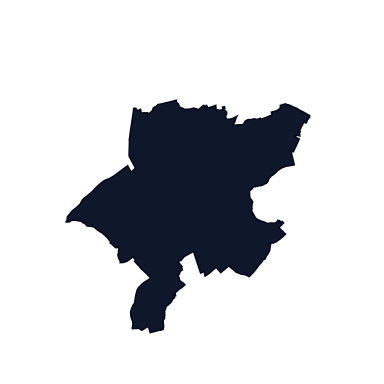 Cehu Silvaniei, Salaj, Romania, rotated 316°
{"feature_id": "2599482B99939259002313", "entity_name": "Cehu Silvaniei", "entity_type": "district", "adm_level": 2, "iso_a3": "ROU", "parent_name": "Romania", "parent_adm1": "Salaj", "projection": "equal_earth", "projection_center": [23.166, 47.411], "detail": "fine", "context": "isolated", "style": "filled", "palette": "ink", "viewbox_px": 384, "rotation_deg": 316, "n_neighbors": 0, "source": "geoboundaries", "source_scale": "gbopen_adm2", "svg_char_len": 6013}
<svg xmlns="http://www.w3.org/2000/svg" viewBox="0 0 384 384"><g transform="rotate(316 192 192)"><path d="M284.5,243.5L290.7,232.9L291.3,231.6L292.9,233.5L302.9,229.6L303.6,229.3L304.0,228.9L306.0,228.5L305.9,227.7L305.2,226.7L305.1,226.0L305.2,225.7L305.2,225.1L304.6,224.3L304.4,223.6L304.6,223.2L304.6,222.8L306.7,223.8L307.0,224.1L308.5,226.6L309.1,225.6L309.5,225.3L309.8,224.7L310.6,224.2L311.8,223.8L311.7,222.9L314.8,221.6L315.4,221.0L317.9,220.6L319.3,219.9L320.1,219.9L321.3,219.3L321.8,221.5L322.5,221.5L323.1,221.4L324.4,220.6L325.6,220.2L326.3,220.2L328.5,219.8L328.6,219.6L329.4,219.2L329.6,219.0L329.7,218.8L329.6,218.0L329.0,216.9L328.9,215.9L327.6,211.7L327.2,210.8L326.2,210.9L326.3,210.3L327.0,209.4L326.8,209.0L326.4,209.0L326.0,206.5L325.5,204.6L323.6,200.4L323.1,198.7L321.8,196.1L320.9,195.2L320.8,194.0L320.5,193.5L318.7,192.7L318.2,192.1L317.3,192.0L315.8,191.0L314.3,192.5L313.2,193.1L311.4,192.6L311.0,193.2L310.5,193.2L310.3,192.6L310.2,192.5L308.3,192.3L308.1,192.2L308.5,191.8L308.4,191.6L307.0,191.2L306.2,190.6L304.5,189.7L303.1,192.3L292.0,187.6L292.4,186.4L289.0,184.9L287.8,182.8L287.4,182.4L285.7,181.5L283.9,180.2L283.2,179.3L281.8,178.5L279.2,178.0L276.1,179.1L275.9,179.0L273.6,177.4L272.9,176.6L269.7,174.0L267.5,172.5L271.7,171.2L275.5,169.1L276.9,168.7L273.4,167.7L271.7,167.0L270.7,166.5L268.7,164.9L267.5,164.2L267.6,163.1L268.0,162.0L268.6,161.2L269.2,160.6L270.8,160.2L271.8,159.0L272.4,158.7L272.6,157.9L272.2,157.5L272.3,156.3L272.1,156.0L274.0,154.2L274.7,153.3L273.0,152.1L271.3,154.4L268.4,152.1L267.5,150.6L266.1,149.9L269.3,146.2L267.9,145.7L261.8,142.6L261.9,141.7L262.4,140.9L262.7,139.8L262.5,139.5L261.3,140.0L260.9,138.6L260.3,137.5L254.0,137.4L251.8,133.1L250.8,132.4L247.6,130.6L246.0,129.0L244.0,127.4L243.6,125.7L242.2,122.4L242.9,120.1L243.4,119.1L243.2,116.9L243.3,116.4L243.5,115.9L244.5,115.2L244.3,115.0L236.5,110.6L235.6,109.9L232.1,108.0L228.2,105.4L225.7,105.5L222.7,104.6L220.6,105.7L219.6,106.0L214.3,105.7L214.9,104.4L215.1,104.2L213.8,103.1L212.6,101.7L210.4,100.2L210.5,99.6L211.1,98.7L212.4,96.7L211.9,96.5L210.7,96.4L209.8,96.0L209.9,95.9L209.4,95.6L209.3,94.9L209.7,92.9L209.1,92.0L208.1,91.4L204.6,94.3L188.9,106.3L182.8,111.2L182.4,111.9L171.9,122.2L171.4,123.4L167.9,135.6L162.2,135.5L163.2,130.8L164.0,128.4L147.9,126.3L143.8,125.5L141.7,124.8L137.2,123.0L134.6,122.5L130.0,122.2L126.0,122.1L121.3,122.4L118.4,122.3L112.9,121.9L110.5,121.5L107.3,121.7L104.6,122.5L103.7,122.9L102.6,123.0L98.5,122.9L92.8,122.4L85.5,123.2L84.4,123.8L82.2,125.8L81.3,125.6L80.8,125.8L80.7,126.0L81.3,126.3L81.1,126.6L82.9,128.2L83.4,128.4L85.0,128.5L86.6,129.5L89.2,132.1L90.1,133.7L91.8,135.7L92.0,136.2L92.2,138.2L93.0,140.4L92.9,143.6L96.6,147.9L97.2,149.5L97.5,151.0L97.4,152.6L98.2,156.7L98.9,158.7L99.0,161.0L99.3,162.6L99.3,167.0L98.9,171.6L97.8,171.7L98.1,174.0L98.3,178.5L98.6,179.5L101.0,180.1L100.6,180.5L100.4,181.2L98.9,182.9L97.7,183.8L97.1,184.7L96.8,185.0L95.5,185.3L94.8,186.1L93.1,188.9L92.9,190.0L91.9,192.8L91.4,193.0L91.7,193.2L92.5,194.1L93.9,195.1L97.5,196.8L104.0,197.5L104.3,199.0L104.3,201.9L102.5,201.9L102.4,208.4L102.1,212.6L102.3,214.0L102.5,218.7L102.5,223.9L102.4,225.1L100.7,225.0L95.5,223.9L93.2,223.6L87.4,223.6L84.7,224.3L79.8,227.2L79.0,227.9L77.7,228.7L77.0,229.5L75.4,230.5L74.3,231.6L72.5,232.3L70.4,232.6L69.4,233.0L68.1,233.8L66.9,234.2L64.5,235.6L61.6,239.2L60.3,241.5L60.1,242.2L59.3,244.1L58.8,244.5L58.6,245.1L54.9,248.3L54.4,248.3L54.3,249.2L55.5,250.0L58.1,252.3L59.2,253.6L59.3,253.9L59.7,256.5L61.8,257.1L65.0,257.6L67.1,258.4L66.8,259.3L64.2,264.2L71.5,268.2L73.4,269.6L75.8,270.8L78.6,268.7L78.6,268.4L82.1,264.2L83.2,264.2L84.9,263.4L85.1,263.1L85.5,262.7L87.2,261.5L87.3,260.8L87.8,260.4L88.5,260.0L88.4,259.6L89.3,258.7L90.4,258.4L91.0,257.9L92.2,257.5L92.9,256.8L93.9,256.4L94.8,256.4L96.3,256.7L97.4,256.6L98.8,256.8L100.3,256.7L100.6,256.6L102.3,256.2L102.6,256.1L102.9,255.6L103.3,255.5L105.5,255.9L106.1,255.8L106.6,255.1L107.0,254.8L108.2,255.3L108.4,255.1L108.6,254.7L108.1,254.3L107.8,253.5L109.6,253.3L110.9,252.7L111.6,252.7L112.4,253.1L113.9,252.9L115.3,253.0L116.9,253.4L118.7,253.7L120.6,253.7L122.1,254.0L122.4,253.8L122.5,253.3L122.4,251.2L121.8,248.2L121.6,247.9L121.8,246.9L122.3,246.1L122.3,245.3L122.5,245.1L123.0,245.1L122.9,244.8L123.2,244.6L123.2,244.1L123.5,243.4L123.9,242.7L124.1,242.5L126.1,242.1L128.6,240.9L130.9,241.4L132.1,239.4L132.1,238.7L133.0,238.7L133.3,234.9L133.2,234.0L134.0,233.1L134.5,232.3L136.5,233.6L141.1,233.1L143.0,233.4L151.8,235.8L146.1,247.5L141.9,256.3L145.4,257.5L143.0,261.6L148.2,262.5L157.0,262.9L156.7,270.0L167.6,270.7L167.2,272.6L167.8,276.3L168.0,280.0L169.0,282.4L170.6,285.7L172.1,287.4L172.9,288.7L173.9,291.2L174.1,292.4L174.5,292.6L181.3,292.4L189.8,291.1L194.0,290.8L196.0,290.2L196.8,290.3L198.2,290.9L201.0,289.6L203.2,289.3L206.8,288.2L208.6,287.0L210.2,285.6L213.9,283.2L214.4,284.6L214.8,285.1L218.2,286.3L223.1,287.0L226.1,287.2L230.1,287.2L229.9,285.9L230.0,284.1L229.7,278.0L236.4,277.9L236.4,275.7L234.0,275.8L233.9,275.3L234.5,275.3L234.5,274.5L235.0,274.5L235.1,273.5L233.9,271.9L232.6,272.5L231.8,272.6L229.3,271.6L228.7,270.6L227.5,269.3L224.4,267.0L222.8,263.0L221.8,261.5L221.0,259.6L220.6,258.4L220.2,257.8L219.9,256.6L219.7,255.0L220.1,252.9L220.6,251.7L220.7,250.5L221.0,249.5L221.4,248.8L221.4,248.3L221.6,247.4L222.4,246.5L223.8,245.5L224.6,244.3L225.2,243.9L226.4,242.7L228.1,241.8L228.9,241.1L229.0,240.7L229.0,240.0L229.3,239.2L229.4,237.1L229.8,236.1L231.6,233.9L232.4,233.2L233.2,232.0L233.9,231.4L234.9,231.2L236.4,231.4L237.1,231.2L237.8,231.4L238.5,231.3L238.7,231.2L238.9,230.8L239.3,230.7L239.9,230.7L240.9,232.1L241.8,232.3L243.1,233.5L245.5,234.5L245.5,235.0L248.5,236.4L250.1,236.7L251.1,237.3L251.6,237.4L254.1,237.1L254.5,237.0L255.5,236.2L256.3,235.9L260.1,235.5L263.2,236.1L264.2,236.0L266.1,236.3L269.1,236.0L269.6,236.3L270.7,236.6L271.8,236.6L272.7,236.9L273.7,237.0L275.0,237.8L276.6,238.3L278.7,239.6L283.0,242.6L284.5,243.5Z" fill="#0f172a" stroke="#020617" stroke-width="1.5"/></g></svg>